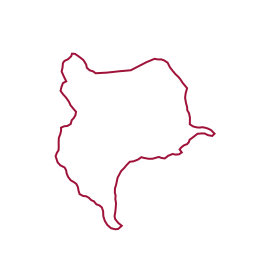 Artur Nogueira, São Paulo, Brazil, rotated 158°
{"feature_id": "56859067B43378386004109", "entity_name": "Artur Nogueira", "entity_type": "district", "adm_level": 2, "iso_a3": "BRA", "parent_name": "Brazil", "parent_adm1": "São Paulo", "projection": "equal_earth", "projection_center": [-47.129, -22.556], "detail": "fine", "context": "isolated", "style": "outline", "palette": "rose", "viewbox_px": 256, "rotation_deg": 158, "n_neighbors": 0, "source": "geoboundaries", "source_scale": "gbopen_adm2", "svg_char_len": 1848}
<svg xmlns="http://www.w3.org/2000/svg" viewBox="0 0 256 256"><g transform="rotate(158 128 128)"><path d="M195.9,144.6L197.5,141.1L199.4,136.2L200.8,133.3L203.2,131.7L205.7,128.9L206.1,122.4L204.7,118.7L201.6,115.2L201.2,112.2L201.9,108.8L201.8,104.9L200.7,101.0L198.3,97.9L196.8,95.4L196.6,91.9L197.4,88.1L197.6,84.8L195.0,81.7L192.4,80.4L190.5,78.1L189.1,74.8L187.1,72.9L185.9,69.1L183.4,66.8L182.0,64.1L182.3,60.0L183.9,55.5L184.3,50.7L183.5,45.9L181.3,41.5L177.8,38.9L174.9,38.1L170.4,39.7L172.6,43.6L174.0,48.3L173.5,51.3L171.4,54.6L169.6,58.0L167.3,62.7L166.3,67.1L164.9,69.7L164.3,73.3L162.7,76.9L160.3,79.8L158.3,82.8L156.2,85.9L153.5,88.1L150.6,90.6L146.6,92.3L143.1,94.2L139.0,96.0L135.0,95.0L130.5,95.0L126.5,95.9L124.3,94.2L120.3,91.7L116.8,90.3L112.8,89.9L110.2,89.6L108.1,87.6L105.3,86.0L101.2,87.2L96.3,87.2L93.9,85.5L90.5,84.5L87.3,85.2L88.2,88.8L85.7,90.1L82.4,91.0L79.3,90.9L77.0,92.0L75.3,94.0L72.3,94.8L70.0,95.4L65.8,96.6L61.8,95.4L59.0,94.2L56.4,91.3L52.9,89.1L49.9,90.3L51.8,95.0L54.4,97.8L56.7,99.6L58.8,100.9L61.2,101.5L63.5,102.5L67.0,105.0L69.3,108.3L68.1,111.1L66.7,114.4L65.9,118.9L66.4,122.1L65.4,125.2L64.9,129.2L63.8,134.5L61.6,138.5L58.3,142.8L60.4,149.3L61.2,153.5L62.1,156.4L63.9,160.3L65.2,164.4L66.4,168.6L66.8,173.7L69.3,177.3L71.7,179.3L74.3,180.2L77.5,182.2L86.3,182.1L103.8,180.5L114.6,183.8L127.0,187.3L137.5,190.9L139.3,193.8L141.8,195.7L143.6,199.2L143.0,202.6L143.9,207.7L145.6,210.7L147.5,213.8L149.5,216.7L152.1,217.9L153.8,215.8L157.8,214.2L161.8,214.0L164.0,212.6L166.1,208.5L168.4,205.2L168.2,200.3L167.8,194.4L171.5,194.0L174.2,191.1L176.6,187.7L175.6,183.6L174.0,179.2L172.9,174.2L172.8,170.7L171.4,166.2L170.1,162.6L171.9,159.6L174.5,157.6L177.4,156.2L179.6,153.2L183.3,152.6L186.6,153.5L190.0,153.4L191.0,150.6L192.9,147.9L195.9,144.6Z" fill="none" stroke="#9f1239" stroke-width="2"/></g></svg>